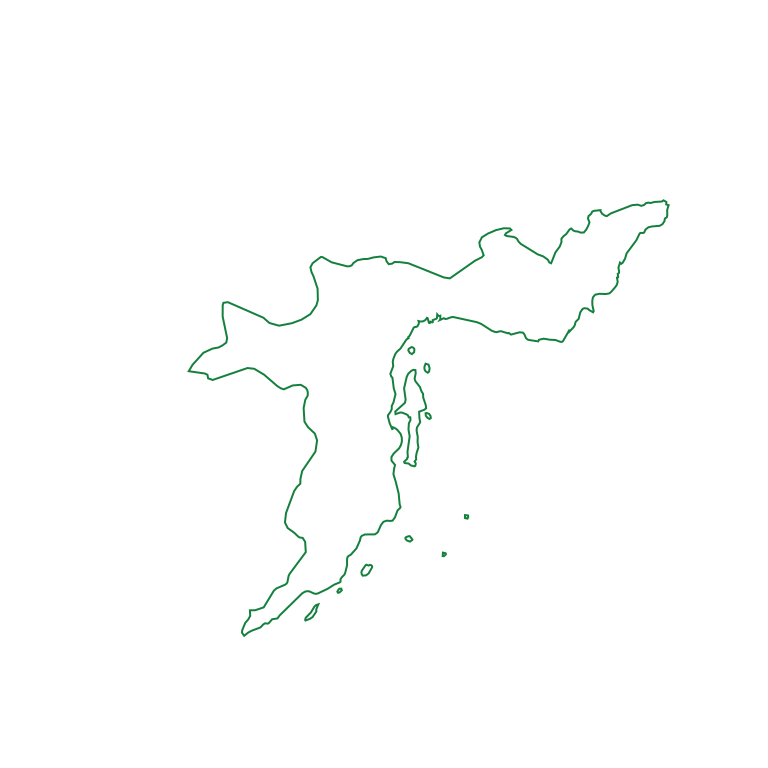 SVG path tracing the border of Hormozgan, rotated 296°
{"feature_id": "IRN-3228", "entity_name": "Hormozgan", "entity_type": "Province", "adm_level": 1, "iso_a3": "IRN", "parent_name": "Iran", "parent_adm1": "", "projection": "robinson", "projection_center": [56.023, 27.172], "detail": "fine", "context": "isolated", "style": "outline", "palette": "green", "viewbox_px": 768, "rotation_deg": 296, "n_neighbors": 0, "source": "natural_earth", "source_scale": "10m", "svg_char_len": 6174}
<svg xmlns="http://www.w3.org/2000/svg" viewBox="0 0 768 768"><g transform="rotate(296 384 384)"><path d="M669.5,561.4L664.6,562.2L659.7,564.7L657.8,565.1L655.8,563.9L653.4,564.7L649.7,564.2L647.1,562.5L643.0,555.7L640.8,553.0L637.4,551.3L634.3,551.4L633.5,551.0L632.2,548.2L631.2,547.8L623.7,547.8L607.8,544.8L602.4,545.7L597.7,545.4L596.0,544.5L596.6,542.9L591.3,543.7L588.1,546.1L586.8,546.5L585.4,545.8L582.8,547.6L582.1,547.5L581.7,546.8L578.2,549.3L575.0,549.8L572.1,549.3L566.4,547.8L564.1,546.7L562.1,543.9L559.5,538.1L556.8,534.6L553.5,533.8L549.9,534.8L546.3,536.7L541.4,540.5L540.1,540.5L540.4,536.0L541.0,534.0L540.0,530.9L538.6,529.6L534.6,529.0L527.8,530.4L523.9,529.0L520.3,529.7L518.1,529.5L512.1,527.6L512.8,526.9L501.1,526.1L499.8,525.4L499.2,523.8L498.7,518.8L496.5,513.6L494.7,507.6L491.7,503.9L489.9,503.9L487.1,495.0L486.9,493.7L487.4,491.6L490.1,488.5L491.1,486.5L489.9,483.2L484.1,476.5L484.6,473.8L483.9,473.2L482.8,466.3L481.8,464.5L480.1,462.8L479.5,461.1L479.1,457.8L480.6,445.1L480.3,440.4L474.5,416.7L473.3,414.9L470.4,412.2L469.3,410.6L469.4,409.0L465.9,406.1L467.1,406.2L470.0,404.7L469.3,404.0L469.2,403.1L470.0,401.3L466.4,402.7L465.6,402.4L462.8,399.8L461.1,400.7L460.6,400.4L460.4,398.5L459.3,398.7L458.7,398.2L458.7,397.5L462.3,394.4L462.3,393.6L459.7,393.2L457.6,391.8L456.2,389.6L455.7,387.4L454.6,388.4L453.5,388.8L451.2,388.8L449.9,388.4L448.4,386.4L447.6,386.0L438.5,385.9L436.6,385.2L436.0,386.0L433.9,384.7L423.2,383.3L418.7,381.5L416.0,381.0L410.6,381.4L407.9,382.1L404.0,384.5L396.0,385.2L393.9,387.2L393.4,388.8L384.2,394.8L380.0,398.8L371.5,400.6L367.7,400.6L364.7,402.0L361.4,402.0L357.8,401.3L356.2,402.0L351.2,406.3L346.5,411.8L348.9,410.4L349.2,412.9L348.7,415.9L346.4,420.9L343.6,423.5L340.3,425.2L336.7,426.0L332.8,425.8L325.7,423.2L321.7,422.7L318.4,424.3L316.1,429.4L312.3,430.2L307.1,432.0L301.4,437.3L292.1,445.1L282.6,450.9L280.8,452.7L279.9,452.9L276.3,451.6L268.8,452.3L264.9,451.6L263.5,449.3L262.4,446.4L259.9,443.9L256.0,443.1L248.0,443.4L244.9,441.8L240.4,432.8L237.8,430.6L236.0,430.2L232.6,431.0L224.1,431.3L215.7,428.9L214.0,427.5L212.4,427.1L210.6,427.5L204.8,430.3L197.3,431.9L195.4,432.0L191.5,430.7L189.4,430.5L187.3,431.6L186.3,431.2L181.7,427.1L175.2,423.1L166.8,416.4L165.5,414.8L165.0,412.8L164.9,408.0L164.2,405.9L162.7,404.0L159.9,402.2L130.4,391.7L126.6,391.0L123.5,386.6L118.3,385.2L117.5,384.2L116.8,382.0L115.0,380.9L111.0,379.6L104.1,373.1L101.0,370.9L96.4,368.7L98.3,365.3L100.5,364.5L108.5,364.0L112.8,365.2L116.9,365.4L121.8,362.7L124.2,367.4L130.5,373.8L149.9,375.6L153.1,376.9L160.4,383.2L161.9,383.9L163.4,384.1L169.7,382.4L172.0,382.4L198.6,387.4L207.6,382.3L210.0,378.4L209.1,375.4L209.1,374.3L210.9,368.7L212.3,360.6L216.1,355.7L225.1,352.5L248.3,350.2L253.6,350.9L257.7,352.5L262.0,350.5L270.0,348.6L293.2,352.0L304.0,348.6L309.1,343.6L311.9,334.6L315.3,329.0L327.2,322.3L335.2,320.2L340.2,320.5L342.8,319.3L344.8,317.8L346.3,315.3L346.8,309.6L342.7,302.6L335.3,296.3L334.9,293.0L335.4,288.8L339.8,272.2L340.8,260.7L338.5,254.3L312.5,228.2L312.0,223.4L314.9,221.3L314.9,218.4L309.9,202.9L317.3,203.5L332.9,208.0L340.6,214.3L344.4,219.4L348.2,222.1L352.1,224.1L356.5,222.9L373.9,209.4L384.1,204.5L386.6,204.1L389.1,207.8L390.7,246.6L388.6,254.2L390.4,264.1L398.2,274.5L405.6,281.6L414.5,287.2L424.9,288.8L430.4,287.8L440.6,282.5L450.0,273.3L452.7,269.9L456.6,266.7L461.3,266.9L470.4,271.5L471.1,273.1L470.4,283.5L473.6,299.3L474.8,301.5L476.5,303.0L479.2,303.4L483.7,305.9L487.2,310.6L489.3,314.6L493.2,319.1L497.2,325.3L497.8,330.4L495.4,332.5L493.8,335.7L495.8,338.6L498.2,339.9L500.5,344.9L503.2,352.9L506.0,391.0L507.8,396.9L534.8,411.8L540.7,416.3L543.3,417.2L547.4,413.1L549.5,410.1L553.1,407.6L558.8,407.7L564.8,411.5L571.4,417.2L576.5,423.4L579.0,429.0L578.3,431.0L572.8,427.5L570.9,427.4L570.8,429.4L573.0,436.0L573.1,438.5L572.6,440.2L571.1,442.3L569.9,445.4L567.9,465.3L568.5,471.2L567.5,476.9L565.7,479.2L565.8,481.3L577.4,480.4L584.6,481.7L589.3,481.3L592.3,479.8L595.4,480.5L598.7,482.1L604.2,483.0L605.8,484.1L604.9,487.1L605.1,489.0L606.0,491.3L606.3,494.5L607.8,497.2L611.4,498.1L615.7,498.2L619.4,497.8L622.0,494.9L624.5,494.2L627.9,495.6L630.3,495.6L631.6,496.7L635.2,502.4L634.1,503.0L632.6,505.5L632.2,508.7L632.5,510.6L636.9,513.2L653.5,528.6L656.4,533.4L656.9,537.1L658.8,539.2L661.4,540.2L662.9,542.1L663.5,544.2L666.2,547.3L669.3,552.9L670.0,553.9L671.6,554.7L671.4,557.9L669.1,559.0L669.5,561.4ZM403.8,401.3L407.7,402.7L409.6,404.2L410.3,406.1L407.5,407.8L402.1,409.2L400.2,411.1L397.2,417.4L393.6,421.2L392.3,423.4L389.0,425.2L383.2,430.9L380.6,432.5L378.6,431.6L374.5,427.7L368.7,430.9L365.5,433.3L359.6,432.7L357.9,433.1L356.0,434.0L351.3,437.5L346.4,439.7L341.9,442.8L336.6,443.5L332.7,444.6L330.3,446.0L327.7,445.5L326.9,447.0L326.0,447.6L324.1,448.0L323.4,447.5L322.6,443.9L323.3,440.9L322.0,437.2L322.9,436.2L327.0,437.7L328.0,437.2L328.8,437.5L333.4,434.8L348.2,430.0L353.9,425.9L359.6,423.6L363.2,423.6L365.6,422.2L364.9,420.9L366.3,419.3L366.6,417.4L366.2,412.8L365.5,411.1L362.0,407.6L364.2,406.2L376.4,411.1L379.6,410.2L388.8,404.0L400.3,401.3L403.8,401.3ZM214.1,453.7L207.0,453.2L204.2,451.8L202.4,448.8L203.3,447.4L204.6,446.4L206.2,445.9L212.6,446.8L213.8,447.3L214.1,449.8L215.3,450.7L215.5,451.9L215.1,453.1L214.1,453.7ZM151.6,421.9L150.0,422.9L143.3,422.0L140.5,420.4L137.0,417.1L137.3,416.6L139.5,416.1L146.8,418.5L153.3,419.0L155.4,419.8L157.2,421.6L151.6,421.9ZM413.3,418.4L413.7,415.7L415.0,413.9L417.2,412.8L420.5,412.5L420.9,415.6L418.3,418.0L415.0,419.1L413.3,418.4ZM426.4,390.8L429.2,392.5L429.5,394.0L429.2,395.3L428.4,396.2L425.8,397.1L423.1,396.0L423.3,393.4L424.9,391.1L426.4,390.8ZM255.9,470.9L257.8,472.6L258.5,473.8L256.7,477.7L256.2,477.8L253.7,476.4L253.4,473.1L254.3,471.1L255.0,470.7L255.9,470.9ZM376.0,434.2L376.7,435.3L376.9,437.7L375.6,439.9L373.9,441.0L372.5,440.2L372.7,437.8L373.8,435.5L376.0,434.2ZM179.6,433.3L180.6,433.8L181.3,435.3L180.1,436.5L177.1,435.4L176.2,434.2L176.9,433.1L179.6,433.3ZM301.7,514.3L302.7,517.2L300.8,518.2L299.9,517.4L299.5,517.7L299.0,515.5L301.7,514.3ZM258.3,510.9L258.9,513.6L258.0,514.3L255.5,513.3L255.1,512.2L258.3,510.9Z" fill="none" stroke="#15803d" stroke-width="2"/></g></svg>